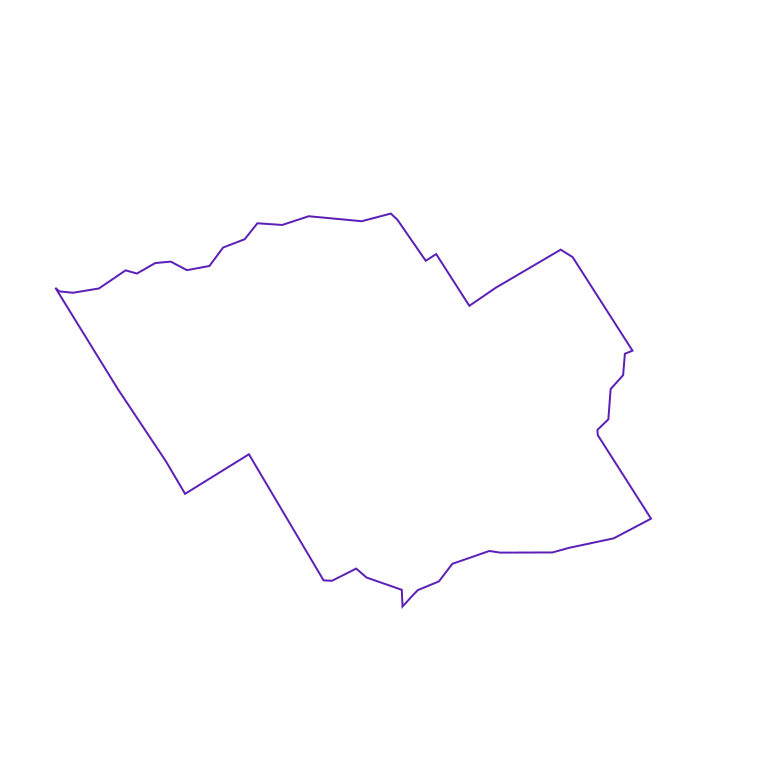 outline of Barbour, Alabama, United States of America, rotated 58°
{"feature_id": "52423323B4191008526240", "entity_name": "Barbour", "entity_type": "district", "adm_level": 2, "iso_a3": "USA", "parent_name": "United States of America", "parent_adm1": "Alabama", "projection": "orthographic", "projection_center": [-85.401, 31.883], "detail": "fine", "context": "isolated", "style": "outline", "palette": "violet", "viewbox_px": 768, "rotation_deg": 58, "n_neighbors": 0, "source": "geoboundaries", "source_scale": "gbopen_adm2", "svg_char_len": 801}
<svg xmlns="http://www.w3.org/2000/svg" viewBox="0 0 768 768"><g transform="rotate(58 384 384)"><path d="M195.2,386.0L180.6,406.2L187.4,425.4L183.0,448.1L191.4,469.5L183.0,490.8L167.2,500.0L160.2,513.9L159.4,535.0L150.7,542.9L151.9,575.2L141.8,599.4L133.3,610.4L128.3,611.7L247.7,612.4L334.6,609.9L371.7,610.9L372.0,535.8L518.5,539.3L523.3,532.4L525.8,505.4L538.8,501.4L568.0,478.0L582.5,486.2L578.6,472.1L576.7,464.6L580.5,442.0L572.7,421.3L581.4,383.2L588.6,374.8L616.1,330.4L621.0,313.9L629.8,289.7L636.6,271.0L639.7,228.9L540.6,229.8L536.0,227.3L532.8,212.4L508.4,194.5L503.2,176.5L486.0,163.7L487.4,155.6L376.3,156.8L363.7,163.0L361.6,238.3L362.9,270.2L301.5,270.9L301.6,283.3L251.8,285.6L243.1,287.9L234.1,316.7L201.8,359.0L195.2,386.0Z" fill="none" stroke="#5b21b6" stroke-width="2"/></g></svg>